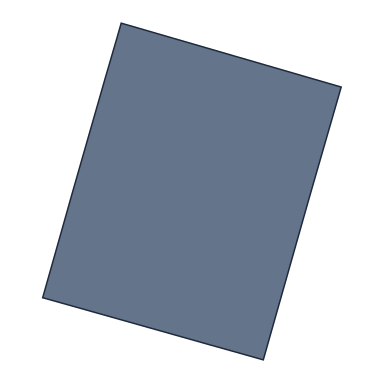 outline of Freeborn, Minnesota, United States of America, rotated 106°
{"feature_id": "52423323B49895412889329", "entity_name": "Freeborn", "entity_type": "district", "adm_level": 2, "iso_a3": "USA", "parent_name": "United States of America", "parent_adm1": "Minnesota", "projection": "albers", "projection_center": [-93.401, 43.674], "detail": "fine", "context": "isolated", "style": "filled", "palette": "slate", "viewbox_px": 384, "rotation_deg": 106, "n_neighbors": 0, "source": "geoboundaries", "source_scale": "gbopen_adm2", "svg_char_len": 451}
<svg xmlns="http://www.w3.org/2000/svg" viewBox="0 0 384 384"><g transform="rotate(106 192 192)"><path d="M121.2,306.8L125.6,306.8L128.5,306.8L132.9,306.8L134.9,306.8L154.0,306.8L168.1,306.8L228.7,306.8L249.2,306.7L277.6,306.6L334.8,306.4L334.5,249.1L334.0,134.6L333.7,77.2L164.5,77.7L50.0,77.5L49.2,306.6L64.1,306.6L83.4,306.7L92.0,306.7L104.6,306.8L106.4,306.8L121.2,306.8L121.2,306.8Z" fill="#64748b" stroke="#1e293b" stroke-width="1.5"/></g></svg>